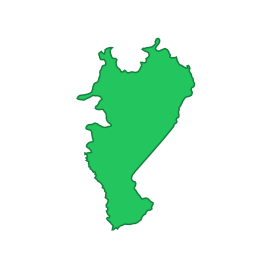 Ponte Alta, Santa Catarina, Brazil (Albers equal-area conic projection), rotated 130°
{"feature_id": "56859067B55318119978612", "entity_name": "Ponte Alta", "entity_type": "district", "adm_level": 2, "iso_a3": "BRA", "parent_name": "Brazil", "parent_adm1": "Santa Catarina", "projection": "albers", "projection_center": [-50.297, -27.416], "detail": "fine", "context": "isolated", "style": "filled", "palette": "green", "viewbox_px": 256, "rotation_deg": 130, "n_neighbors": 0, "source": "geoboundaries", "source_scale": "gbopen_adm2", "svg_char_len": 4438}
<svg xmlns="http://www.w3.org/2000/svg" viewBox="0 0 256 256"><g transform="rotate(130 128 128)"><path d="M135.0,179.8L133.6,179.2L132.0,178.6L130.5,177.8L128.4,176.8L126.9,176.3L125.7,176.0L125.0,174.9L124.3,173.7L123.3,172.7L122.1,170.6L121.9,169.2L122.1,167.8L122.9,166.2L124.5,166.9L126.3,166.9L127.9,166.3L129.3,165.9L130.9,166.2L132.4,166.5L134.0,165.5L133.5,163.4L132.7,162.4L131.8,161.2L130.7,160.3L129.9,159.1L130.3,157.4L130.6,156.0L131.2,154.0L132.3,152.6L134.3,151.0L135.8,148.9L136.4,146.5L136.2,144.7L136.5,142.6L137.8,142.3L139.3,143.8L140.8,144.7L142.0,145.7L143.0,146.8L143.6,148.2L143.8,149.6L144.5,151.8L144.6,154.3L145.5,156.5L147.0,157.2L148.3,157.7L149.2,158.6L150.5,160.1L152.1,160.8L153.7,160.7L155.1,160.2L155.4,158.8L154.6,157.2L153.8,155.1L154.3,153.3L155.5,152.2L156.6,150.9L157.7,149.6L158.7,148.4L159.4,146.9L160.6,146.3L162.0,146.7L163.8,148.3L165.7,148.7L167.6,148.7L168.9,147.8L169.0,146.3L168.6,144.5L168.9,143.0L169.2,141.6L170.0,140.3L171.6,141.3L172.8,142.8L174.4,143.5L175.3,141.9L176.4,140.3L177.9,140.9L178.2,139.1L179.7,139.1L179.0,136.3L180.8,135.3L181.5,133.9L182.8,133.1L182.2,131.8L183.5,130.7L183.3,128.6L184.2,126.1L183.1,125.7L183.2,124.2L184.8,123.5L184.4,122.1L185.7,121.4L187.5,121.4L187.4,119.2L188.0,116.8L187.5,114.7L187.8,112.3L188.5,109.9L190.2,109.4L189.8,107.5L190.4,106.2L191.4,105.2L191.6,103.0L193.5,102.2L194.5,101.2L195.9,100.7L195.7,98.5L195.8,96.9L197.1,96.1L199.0,95.4L200.8,95.3L202.3,93.9L202.3,92.1L203.7,90.9L205.4,91.2L206.3,89.6L207.2,87.7L207.1,85.7L208.5,84.7L209.6,86.0L210.9,86.2L211.6,84.5L211.6,82.4L211.7,80.6L212.2,78.8L212.2,76.7L216.1,74.6L215.0,73.6L213.3,73.5L211.9,73.0L212.1,71.2L210.3,71.4L207.9,71.0L206.1,69.7L204.6,69.3L203.3,68.3L202.6,67.2L201.6,65.9L200.5,64.4L199.0,63.4L197.6,62.4L196.5,61.1L194.3,60.0L192.5,59.7L191.2,59.3L189.6,59.1L187.8,59.9L185.9,60.2L184.1,59.9L182.5,59.3L181.3,60.0L179.7,60.1L177.9,59.6L176.7,58.3L174.7,57.7L173.6,58.9L172.3,59.5L170.3,59.8L169.2,60.7L169.6,62.1L169.7,64.1L169.4,66.3L169.6,68.3L170.5,69.6L171.8,70.6L173.4,71.6L173.1,73.6L172.4,75.4L172.2,77.0L172.0,78.6L171.3,80.4L170.8,81.9L170.6,83.9L169.5,84.8L167.2,85.4L165.5,86.3L164.7,88.1L165.5,89.4L165.4,91.6L164.4,93.0L162.4,94.0L160.9,94.5L159.1,94.4L157.7,94.6L156.3,94.6L133.1,94.1L115.1,93.8L97.6,94.0L95.7,95.0L94.0,94.7L92.8,94.2L91.6,94.7L90.7,96.5L88.7,96.9L87.3,96.2L85.3,97.3L84.0,99.0L82.7,100.0L81.2,100.5L79.9,101.8L78.7,101.9L77.3,102.0L75.2,102.6L73.6,102.8L72.3,103.4L70.6,103.5L68.8,103.8L66.6,103.3L65.3,102.1L64.0,101.3L62.0,100.5L60.4,101.1L59.2,101.9L58.8,103.2L57.7,104.6L55.8,105.1L54.1,104.2L52.4,104.7L51.1,105.8L50.7,107.2L49.8,108.4L48.4,109.9L47.7,112.3L46.2,114.1L45.6,116.2L44.8,117.9L42.7,118.9L41.7,120.2L41.4,122.0L42.5,122.6L43.8,120.8L44.8,122.0L45.3,124.2L45.5,126.3L45.7,127.7L46.5,129.1L45.9,130.7L45.2,132.7L44.0,134.7L42.6,136.5L44.1,137.4L45.2,138.6L46.3,139.7L46.6,141.6L44.8,142.6L44.3,144.5L43.3,146.1L42.8,148.1L43.3,150.6L45.0,151.7L47.4,152.8L49.2,153.6L50.2,155.5L50.0,157.6L48.9,158.4L47.7,158.6L46.2,158.7L44.6,158.6L43.1,158.8L41.1,159.5L39.9,160.9L40.0,162.5L41.5,163.4L43.1,163.0L44.5,162.5L45.9,160.9L47.6,161.2L49.1,161.4L50.6,161.9L51.8,162.8L53.2,163.9L54.6,165.4L56.1,166.1L57.2,167.6L58.6,167.7L58.3,164.8L57.4,162.3L57.1,160.9L57.8,159.7L58.8,158.2L61.0,158.0L63.2,158.8L64.6,157.1L66.5,156.6L68.0,157.8L68.5,159.3L69.6,160.4L70.6,158.4L71.8,157.5L73.6,157.2L76.0,156.5L78.4,156.4L80.2,157.6L81.1,158.5L82.1,160.4L83.0,161.6L84.2,162.2L85.3,163.0L86.2,164.4L85.9,165.9L85.9,167.6L88.4,168.0L89.4,169.5L88.8,170.7L88.3,172.4L88.4,174.8L88.0,176.4L86.7,178.1L85.8,179.1L84.2,179.9L82.9,180.3L82.7,182.2L83.9,183.6L84.4,184.9L84.0,186.3L83.0,188.0L81.7,190.0L80.0,191.5L78.6,191.8L76.6,191.7L77.6,193.1L79.6,194.6L81.3,195.4L82.9,195.8L84.5,194.5L86.5,193.9L87.0,195.8L86.5,197.6L87.9,197.9L89.3,198.3L90.5,197.4L91.2,196.2L92.4,194.5L93.1,193.0L92.3,191.7L91.0,190.5L91.4,188.4L92.6,186.7L94.3,185.7L95.5,186.7L96.9,187.4L98.6,186.9L100.4,186.2L102.4,186.0L103.7,185.1L104.9,183.7L106.1,183.1L107.5,182.6L109.0,182.1L110.6,181.1L112.4,180.8L114.5,182.0L116.5,182.2L118.3,181.5L120.0,180.7L121.5,179.8L123.2,179.2L124.5,179.1L125.8,179.5L127.0,180.0L128.2,180.8L129.5,181.8L130.9,182.8L132.5,184.5L134.0,185.8L135.9,186.3L138.1,185.9L137.8,184.2L137.0,182.9L135.8,181.2L135.0,179.8ZM174.4,143.5L174.8,144.9L175.8,144.0L174.4,143.5Z" fill="#22c55e" stroke="#15803d" stroke-width="1.5"/></g></svg>